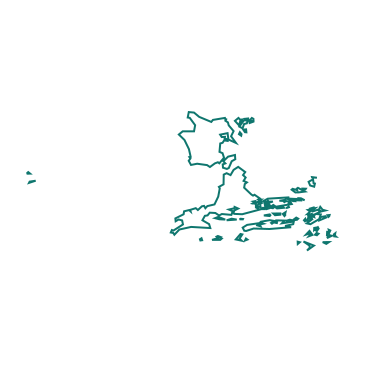 Lingga, Kepulauan Riau, Indonesia (orthographic projection), rotated 129°
{"feature_id": "22746128B41866695352092", "entity_name": "Lingga", "entity_type": "district", "adm_level": 2, "iso_a3": "IDN", "parent_name": "Indonesia", "parent_adm1": "Kepulauan Riau", "projection": "orthographic", "projection_center": [104.45, -0.394], "detail": "fine", "context": "isolated", "style": "outline", "palette": "teal", "viewbox_px": 384, "rotation_deg": 129, "n_neighbors": 0, "source": "geoboundaries", "source_scale": "gbopen_adm2", "svg_char_len": 6092}
<svg xmlns="http://www.w3.org/2000/svg" viewBox="0 0 384 384"><g transform="rotate(129 192 192)"><path d="M177.7,139.0L162.9,128.2L163.8,132.6L160.8,135.0L161.8,136.7L162.6,137.3L162.8,137.7L160.3,136.8L160.7,138.3L159.1,137.0L160.8,135.6L154.6,133.6L155.7,134.9L156.0,135.8L154.3,135.3L154.8,141.7L156.4,142.3L156.6,144.3L155.8,154.2L152.6,156.0L150.0,155.4L150.9,158.9L147.0,159.4L146.7,163.0L143.0,163.2L143.4,171.9L148.6,173.6L154.6,172.7L155.6,176.9L158.5,178.3L166.2,172.3L171.1,174.3L171.7,172.7L179.1,168.7L187.5,166.7L193.3,171.2L196.2,171.4L195.2,173.9L196.9,175.3L202.3,176.1L202.2,178.9L207.1,182.2L208.0,180.9L207.9,182.9L212.0,186.0L214.6,184.5L223.0,188.3L225.0,186.3L221.8,185.1L220.3,181.8L222.9,178.6L233.7,182.2L234.2,183.7L236.8,183.0L235.6,180.7L236.3,178.8L229.1,178.2L219.7,170.7L208.5,155.1L206.2,158.5L207.4,166.1L202.4,167.0L200.4,165.2L196.9,165.2L193.6,160.6L193.2,156.2L190.3,154.9L185.0,147.0L181.3,148.3L182.4,152.3L177.9,148.8L176.8,149.5L175.8,145.7L179.8,147.5L182.6,146.4L182.2,145.1L177.7,139.0ZM152.5,188.8L145.2,188.7L142.6,192.7L143.5,195.9L136.5,200.6L134.5,199.2L131.7,199.5L129.9,196.5L128.8,197.7L129.9,200.3L128.4,201.1L130.6,203.5L129.7,206.2L123.9,201.4L128.3,196.7L126.2,188.7L124.1,196.7L118.5,198.0L117.1,205.4L115.3,207.9L115.6,210.9L114.0,211.2L114.4,212.9L113.1,212.5L122.8,221.1L125.4,221.1L129.1,233.7L129.0,240.4L131.9,244.8L136.8,242.2L135.8,240.4L138.1,231.6L143.6,228.6L150.7,237.4L155.6,238.4L156.3,230.6L160.6,221.4L165.5,215.2L166.5,216.0L167.0,214.3L169.8,214.2L171.6,209.8L166.8,205.8L161.6,197.2L161.3,193.8L155.3,192.2L152.6,190.6L152.5,188.8ZM172.0,108.5L157.0,92.8L159.8,98.3L153.3,93.1L150.9,94.3L159.7,102.4L155.9,102.0L160.8,108.4L161.9,109.3L161.1,107.5L163.0,108.0L162.3,105.7L164.2,109.3L166.3,109.9L166.2,111.0L162.4,109.3L165.0,113.9L171.8,119.8L174.2,120.0L172.0,117.4L171.7,116.6L174.7,118.9L175.5,117.1L176.9,120.4L174.7,120.9L182.9,128.5L187.8,130.2L189.2,127.0L188.2,125.4L181.6,121.1L172.0,108.5ZM150.6,117.5L138.6,106.9L138.0,108.6L139.2,109.8L138.1,109.9L139.9,113.2L142.5,114.1L140.6,114.2L143.8,118.6L139.4,114.6L137.4,114.9L134.9,113.0L149.5,128.9L154.1,130.8L152.3,126.8L150.9,127.6L151.2,126.2L148.5,123.1L152.7,125.9L153.7,121.5L150.9,120.7L150.6,117.5ZM127.4,71.7L126.9,73.1L131.1,76.8L128.4,77.8L131.1,81.9L133.7,82.5L134.6,81.2L135.7,84.7L136.9,82.6L137.4,86.1L138.3,84.5L138.6,85.6L141.9,84.4L140.3,82.7L139.9,83.0L138.0,82.0L138.1,81.6L144.1,83.0L142.5,79.7L133.5,76.3L132.7,75.6L133.8,75.1L127.4,71.7ZM150.2,178.5L143.1,180.5L139.3,179.0L136.2,181.9L141.8,186.2L148.4,187.0L148.8,184.1L151.2,185.5L153.6,183.2L152.1,179.4L150.2,178.5ZM133.4,83.2L126.3,79.7L126.8,83.2L131.2,86.0L131.1,87.6L136.3,88.4L134.5,86.8L136.3,87.7L136.9,87.2L133.6,85.2L133.4,83.2ZM127.3,111.4L125.2,108.9L120.6,104.5L122.1,112.3L123.5,112.7L124.4,111.4L126.2,115.8L127.5,116.0L127.3,111.4ZM104.1,192.6L101.2,193.9L103.5,196.7L111.4,196.4L110.7,192.8L106.4,194.3L104.1,192.6ZM111.0,100.4L108.1,101.8L108.7,103.0L106.0,105.9L110.7,107.8L112.6,104.3L111.0,100.4ZM108.1,197.4L104.0,198.6L105.5,200.1L105.2,202.5L109.7,203.4L110.6,197.5L107.3,198.8L108.1,197.4ZM165.1,65.8L156.9,63.5L160.3,74.2L159.7,67.0L161.2,65.4L165.1,65.8ZM134.1,107.4L130.2,102.3L129.7,103.7L137.7,114.6L135.4,107.6L134.4,106.3L134.1,107.4ZM201.3,128.1L198.6,122.8L198.3,125.7L193.3,126.2L194.1,127.9L201.3,128.1ZM211.4,139.9L209.4,139.6L210.1,141.9L216.6,146.3L211.4,139.9ZM102.1,190.6L98.6,188.5L96.5,190.3L96.8,192.1L100.0,192.2L99.2,190.3L101.4,191.5L102.1,190.6ZM126.0,79.5L122.5,76.8L123.6,79.4L122.8,83.0L125.6,82.4L126.0,79.5ZM197.8,157.6L196.0,153.6L192.5,148.8L194.8,155.9L197.8,157.6ZM151.4,117.5L151.3,115.6L146.4,110.6L146.1,112.5L151.4,117.5ZM157.8,112.9L154.1,109.1L153.1,109.9L157.6,115.3L157.8,112.9ZM160.5,129.2L158.5,131.6L157.1,131.0L158.4,133.3L162.3,132.1L160.5,129.2ZM192.2,147.3L185.3,139.9L187.8,144.4L192.2,147.3ZM153.4,76.6L149.0,73.6L148.3,76.2L153.4,76.6ZM157.6,125.6L154.4,126.0L153.5,128.0L154.6,129.0L157.6,125.6ZM111.4,187.3L109.3,189.4L111.3,191.4L112.2,188.5L111.4,187.3ZM287.5,324.4L281.6,320.6L286.1,324.7L287.5,324.4ZM145.9,92.7L146.3,94.9L150.7,96.0L147.5,92.9L145.9,92.7ZM143.6,70.4L140.7,70.6L140.2,72.0L144.2,72.3L143.6,70.4ZM165.0,121.4L161.8,116.5L160.7,116.5L160.5,117.5L165.0,121.4ZM117.3,189.2L115.9,189.9L115.4,192.4L117.5,191.9L117.3,189.2ZM142.9,58.1L138.1,55.8L138.8,57.6L142.9,58.1ZM144.8,67.4L145.4,69.4L147.8,69.5L147.0,67.7L144.8,67.4ZM159.5,124.6L158.4,125.1L159.7,127.0L162.1,127.9L159.5,124.6ZM155.6,101.0L151.0,96.6L152.0,98.6L155.6,101.0ZM155.0,121.3L153.7,118.9L151.8,118.5L152.0,119.5L155.0,121.3ZM100.4,193.6L99.5,194.6L101.8,196.9L102.2,195.3L100.4,195.0L100.4,193.6ZM137.9,61.9L141.5,59.3L136.9,60.6L137.9,61.9ZM120.5,109.2L118.5,105.5L117.8,105.6L120.5,109.2ZM130.0,86.6L127.1,86.1L129.3,88.0L130.0,86.6ZM211.2,144.8L211.3,143.0L209.1,141.8L209.9,144.2L211.2,144.8ZM147.8,55.0L144.7,54.0L148.7,58.9L147.8,55.0ZM137.2,59.7L134.9,60.3L135.3,62.0L137.2,59.7ZM156.6,123.4L159.0,123.7L156.3,121.9L156.6,123.4ZM152.8,73.3L148.9,71.0L151.1,73.3L152.8,73.3ZM156.2,125.0L154.0,122.9L153.9,124.4L156.2,125.0ZM165.8,77.1L163.2,76.6L164.1,78.6L165.8,77.1ZM196.4,120.3L194.1,119.0L194.2,120.8L196.4,120.3ZM129.1,88.2L126.6,87.1L130.1,89.5L130.0,88.1L129.1,88.2ZM142.5,107.7L145.4,108.7L142.8,107.1L142.5,107.7ZM136.0,52.0L135.9,53.6L133.9,54.7L135.7,55.1L137.0,53.6L136.0,52.0ZM223.1,153.8L222.0,155.5L223.7,156.1L224.4,155.0L223.1,153.8ZM125.5,70.3L124.5,70.1L123.3,70.6L124.8,72.1L125.5,70.3ZM143.7,85.8L142.3,85.9L141.5,87.1L143.5,87.2L143.7,85.8ZM127.5,99.3L128.3,103.3L129.1,104.4L129.1,103.0L127.5,99.3ZM144.5,73.3L141.5,73.1L143.0,74.4L144.5,73.3ZM105.1,107.8L102.3,103.9L104.9,108.1L105.1,107.8ZM279.6,329.4L279.6,331.8L280.9,332.0L281.3,331.4L279.6,329.4ZM152.5,105.0L151.2,105.0L150.6,105.8L152.1,106.9L152.5,105.0ZM150.9,107.3L150.3,105.9L148.8,106.6L150.9,107.3ZM132.9,89.3L130.5,88.5L133.0,90.6L132.9,89.3ZM183.3,137.9L181.3,135.3L180.9,135.4L182.2,137.4L183.3,137.9ZM156.0,131.9L155.3,133.1L156.2,133.9L156.9,133.2L156.0,131.9Z" fill="none" stroke="#0f766e" stroke-width="2"/></g></svg>